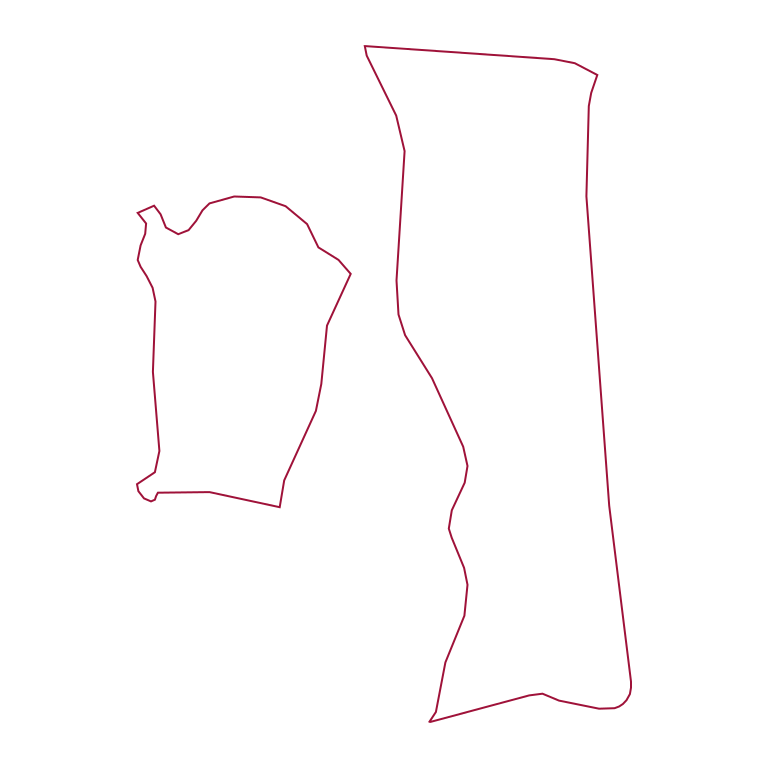 the State of Pulau Pinang
{"feature_id": "MYS-1139", "entity_name": "Pulau Pinang", "entity_type": "State", "adm_level": 1, "iso_a3": "MYS", "parent_name": "Malaysia", "parent_adm1": "", "projection": "natural_earth1", "projection_center": [100.346, 5.345], "detail": "fine", "context": "isolated", "style": "outline", "palette": "rose", "viewbox_px": 768, "rotation_deg": 0, "n_neighbors": 0, "source": "natural_earth", "source_scale": "10m", "svg_char_len": 1117}
<svg xmlns="http://www.w3.org/2000/svg" viewBox="0 0 768 768"><path d="M429.5,721.7L435.9,712.0L445.4,662.4L464.4,615.7L467.5,584.8L464.1,567.9L451.7,537.7L448.8,528.6L451.8,510.3L464.7,482.7L467.5,466.0L463.2,446.7L432.0,378.2L405.1,335.2L398.5,314.5L396.5,280.5L404.6,151.1L396.2,115.6L366.7,55.6L364.8,46.1L365.3,46.1L554.3,59.2L574.8,63.2L597.3,75.0L591.2,92.9L588.8,106.1L586.4,196.3L609.2,505.7L631.0,681.6L631.0,687.7L629.9,694.1L626.5,700.2L622.9,704.0L619.1,706.5L614.6,708.2L599.1,708.7L559.0,700.6L542.5,693.7L529.2,695.4L430.5,721.9L429.7,721.8L429.5,721.7ZM307.1,224.1L318.4,247.4L338.5,259.9L350.7,273.9L327.0,325.6L321.3,384.0L315.9,410.9L284.2,480.4L279.7,507.2L209.5,492.1L157.9,492.7L156.1,496.1L154.9,499.7L151.0,501.4L144.0,498.4L138.4,491.2L137.0,484.2L154.9,472.2L159.4,451.0L152.9,371.9L155.5,301.5L152.6,287.8L146.6,276.1L140.6,266.8L137.7,260.0L140.6,245.4L145.2,233.8L146.1,223.5L137.7,212.9L154.1,205.7L160.6,214.3L165.9,227.5L178.2,234.2L188.6,230.1L196.2,220.8L202.5,210.3L209.5,203.4L234.2,196.5L260.7,197.4L285.6,206.2L307.1,224.1Z" fill="none" stroke="#9f1239" stroke-width="2"/></svg>